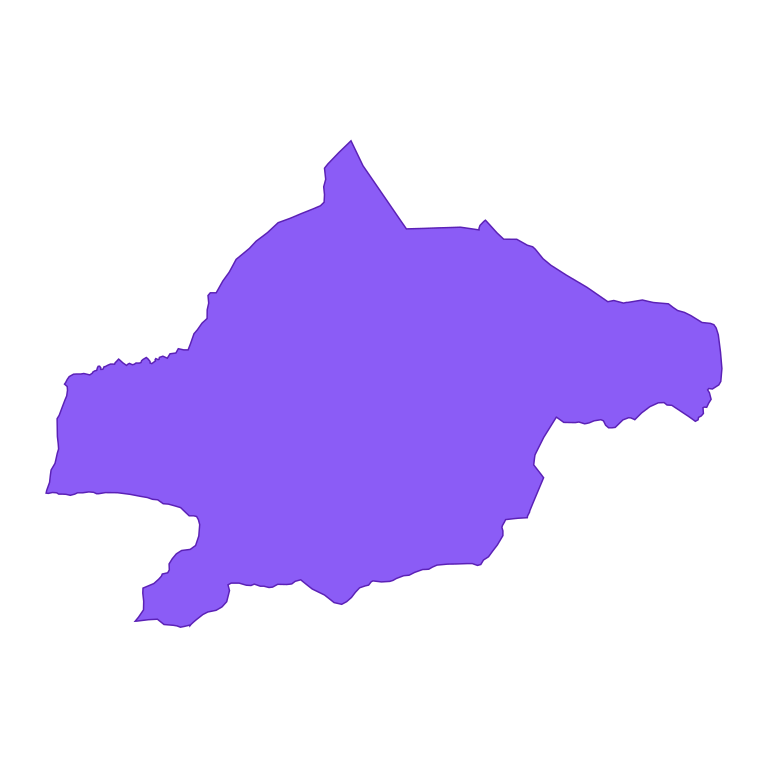 Jeadepo, River Gee, Liberia
{"feature_id": "62588387B74933582499482", "entity_name": "Jeadepo", "entity_type": "district", "adm_level": 2, "iso_a3": "LBR", "parent_name": "Liberia", "parent_adm1": "River Gee", "projection": "orthographic", "projection_center": [-8.425, 5.368], "detail": "fine", "context": "isolated", "style": "filled", "palette": "violet", "viewbox_px": 768, "rotation_deg": 0, "n_neighbors": 0, "source": "geoboundaries", "source_scale": "gbopen_adm2", "svg_char_len": 4450}
<svg xmlns="http://www.w3.org/2000/svg" viewBox="0 0 768 768"><path d="M529.6,512.0L529.7,511.0L532.9,503.2L543.6,477.7L542.5,476.3L541.8,475.3L533.7,464.9L534.6,457.4L535.0,454.9L536.4,452.0L543.7,437.4L556.3,417.2L556.8,417.4L563.8,422.4L574.7,422.6L575.4,422.6L578.9,422.0L584.6,423.8L586.4,423.5L589.3,422.8L594.1,420.8L600.9,419.7L603.4,420.8L603.6,421.1L605.6,425.2L608.6,427.8L611.9,427.8L615.2,427.4L622.9,419.9L628.6,417.7L630.8,417.9L634.3,419.4L634.8,419.7L635.8,418.7L636.6,417.9L641.6,412.9L649.8,406.7L658.3,402.8L664.1,402.6L667.0,405.0L671.8,405.3L675.1,407.5L688.7,416.5L694.0,420.3L695.3,421.3L696.3,420.8L698.1,419.8L698.5,417.4L701.2,416.0L703.4,413.5L703.0,407.7L704.3,407.1L706.7,407.3L708.0,404.6L708.6,403.3L711.1,399.3L709.4,392.7L707.6,389.9L708.8,388.5L712.4,389.0L718.8,384.9L720.8,381.4L721.9,368.6L720.5,352.1L718.3,334.8L716.2,328.1L715.1,326.4L714.8,326.1L713.9,324.7L710.5,323.4L702.0,322.5L690.9,315.6L684.4,312.4L677.6,310.5L675.4,309.0L672.9,307.3L668.4,303.8L656.5,302.8L653.3,302.5L647.9,301.3L642.4,300.0L628.0,302.4L626.5,302.4L623.6,303.1L620.6,302.3L613.8,300.5L611.8,300.9L607.8,301.7L587.1,287.4L566.3,275.1L550.8,265.2L543.0,258.7L535.2,249.1L532.7,246.8L527.3,245.2L516.8,239.3L503.7,239.2L496.9,232.8L492.3,227.7L486.4,221.2L485.4,220.2L484.1,221.2L482.7,222.6L480.0,225.4L479.0,228.3L479.0,229.9L464.0,227.7L460.4,227.2L445.3,227.7L438.0,227.9L424.1,228.4L406.4,228.9L401.2,221.4L371.2,177.7L363.0,165.8L351.0,140.8L339.2,152.2L338.6,152.8L328.0,163.8L324.5,168.2L325.7,179.3L323.7,186.8L324.5,194.7L324.1,202.2L320.5,205.7L319.9,206.0L311.1,209.7L301.3,213.6L289.9,218.4L278.1,222.7L267.5,232.6L256.1,241.2L249.4,248.4L236.8,258.8L236.1,259.4L233.0,265.2L229.2,272.2L222.9,280.9L216.2,292.8L210.3,292.8L208.0,295.5L208.7,303.1L207.2,309.8L207.1,318.5L202.0,323.2L197.3,329.9L194.0,333.7L190.4,344.0L189.9,345.3L188.1,349.9L183.8,349.9L178.3,348.7L175.9,353.0L170.0,353.8L167.3,358.2L162.9,356.2L159.4,357.4L159.0,359.3L158.0,359.6L155.8,358.6L155.1,359.8L155.5,360.9L151.8,363.6L150.1,363.0L150.0,361.4L147.9,358.8L146.3,357.5L143.1,359.4L141.6,360.7L141.0,362.5L139.4,363.1L138.1,363.1L136.0,363.0L134.2,364.3L132.3,364.7L129.4,363.4L128.0,364.1L126.5,365.4L122.8,362.8L119.3,359.6L118.6,359.1L116.7,361.2L115.1,362.8L114.6,364.2L112.8,364.1L110.4,364.1L107.8,365.2L105.0,366.7L104.1,366.7L103.0,369.1L102.1,369.4L100.8,369.4L100.8,367.8L99.6,366.2L98.2,366.3L97.4,367.8L96.7,370.4L94.7,370.9L92.9,372.0L92.4,373.1L89.8,374.9L83.8,373.5L80.9,374.0L76.7,374.0L73.5,374.2L69.2,376.6L67.2,379.5L65.6,382.6L64.5,384.1L67.2,386.5L67.5,390.2L66.7,395.9L65.0,399.9L62.4,406.7L59.2,415.3L57.1,418.7L57.4,436.6L58.2,443.5L58.6,449.0L57.3,453.2L55.8,460.0L55.0,463.4L51.1,470.0L50.4,475.0L49.6,482.3L46.7,490.4L46.1,493.1L48.3,493.4L52.4,492.5L56.7,492.8L58.7,494.1L62.1,494.1L65.9,494.3L66.4,494.4L70.3,495.3L74.8,494.1L77.5,492.8L79.8,492.8L82.7,492.8L88.8,491.9L93.6,492.3L96.5,493.7L98.8,493.7L105.3,492.6L117.4,492.7L129.9,494.3L140.8,496.4L147.3,497.5L152.5,499.3L157.7,499.8L163.2,503.7L168.4,504.1L174.2,505.7L180.6,507.6L185.8,512.6L189.2,515.8L193.7,515.8L196.6,516.5L198.4,519.7L199.7,524.6L198.8,536.0L195.6,545.5L190.2,549.4L181.6,550.5L177.5,553.1L176.3,553.9L172.3,558.7L169.1,563.9L169.3,569.9L167.7,572.8L162.3,574.0L161.4,576.2L158.7,579.2L153.9,583.5L148.5,585.8L143.0,588.1L142.8,593.1L143.7,601.3L143.5,609.9L138.5,617.2L135.2,621.2L136.9,621.1L148.4,619.7L157.4,619.2L164.0,624.5L173.4,625.3L177.0,625.9L180.4,627.2L184.0,626.5L189.8,625.1L189.9,625.8L191.2,624.2L193.6,622.0L196.3,619.7L202.9,614.5L207.8,612.0L216.1,610.3L221.3,607.3L222.1,606.8L226.7,601.7L229.5,590.6L228.0,584.8L231.2,583.1L239.1,583.1L246.3,585.2L251.0,585.5L254.3,584.1L260.3,586.2L263.9,586.2L269.0,587.5L272.6,587.1L277.7,584.3L286.7,584.5L290.4,584.1L291.8,583.9L295.2,581.3L300.7,579.8L306.0,584.1L312.2,589.0L324.5,595.0L334.1,602.6L341.7,604.3L346.6,601.7L351.5,597.4L355.4,592.3L359.6,587.8L365.2,585.9L368.6,585.1L371.3,581.7L373.0,580.9L381.4,581.9L389.8,581.4L393.0,580.4L396.3,578.5L403.7,575.7L409.1,575.2L414.6,572.4L422.7,569.5L425.8,569.4L428.8,569.2L432.4,567.1L437.0,565.1L447.7,564.1L455.1,564.0L466.9,563.6L472.4,563.6L474.3,564.3L477.5,565.4L480.8,564.5L483.5,560.0L488.5,556.8L492.8,550.9L497.4,544.9L502.9,535.6L502.9,530.9L501.9,527.3L502.5,525.4L504.4,522.1L505.6,519.6L513.5,518.7L518.5,518.2L527.3,517.7L527.5,516.1L529.6,512.0Z" fill="#8b5cf6" stroke="#5b21b6" stroke-width="1.5"/></svg>